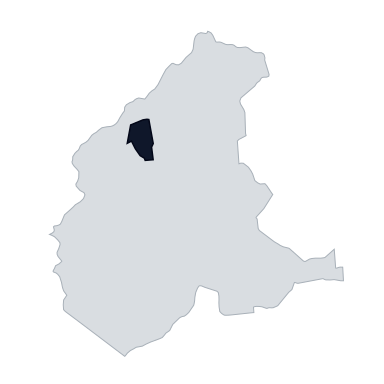 Nagero, Western Equatoria, South Sudan (highlighted), rotated 86°
{"feature_id": "79223893B92049236674471", "entity_name": "Nagero", "entity_type": "district", "adm_level": 2, "iso_a3": "SSD", "parent_name": "South Sudan", "parent_adm1": "Western Equatoria", "projection": "natural_earth1", "projection_center": [27.894, 6.408], "detail": "fine", "context": "in_parent", "style": "filled", "palette": "ink", "viewbox_px": 384, "rotation_deg": 86, "n_neighbors": 0, "source": "geoboundaries", "source_scale": "gbopen_adm2", "svg_char_len": 3881}
<svg xmlns="http://www.w3.org/2000/svg" viewBox="0 0 384 384"><g transform="rotate(86 192 192)"><path d="M314.3,312.9L302.6,326.4L301.8,327.2L300.4,328.3L295.6,328.3L290.8,327.6L286.3,324.1L281.7,326.9L278.8,327.7L277.1,328.0L273.0,328.5L267.3,329.9L264.7,331.7L263.3,333.2L262.1,335.8L261.6,336.1L260.5,335.8L259.0,334.7L256.0,333.2L254.5,329.8L253.0,327.8L251.9,326.7L247.0,330.1L244.7,330.9L242.7,330.8L239.2,328.9L235.3,327.3L233.3,327.3L230.4,329.3L227.0,332.3L225.2,335.3L224.4,337.1L223.2,334.3L222.0,332.6L220.4,332.0L217.1,332.6L216.3,331.7L216.2,329.4L215.7,327.2L214.9,325.6L212.4,324.0L205.9,320.8L200.9,314.3L198.4,311.2L196.6,309.3L194.0,304.2L191.0,300.7L187.4,299.0L185.1,299.8L182.7,303.6L178.1,307.1L176.0,307.3L173.3,305.4L169.9,304.0L163.8,303.4L161.3,305.1L158.0,307.8L155.2,309.4L153.5,309.6L151.9,308.9L150.0,308.6L148.5,308.5L145.2,306.1L143.5,304.2L142.4,302.5L140.6,301.3L138.4,300.3L136.9,298.8L136.1,296.8L134.9,294.3L133.3,292.1L128.4,288.0L126.9,285.7L125.8,283.3L123.8,280.8L121.6,277.3L121.0,272.3L120.9,268.3L120.4,266.4L119.5,264.5L118.4,262.9L116.7,261.2L112.6,258.6L108.5,255.6L106.5,253.8L102.7,253.2L100.4,251.4L98.5,247.7L97.7,244.6L95.8,242.3L95.0,240.6L94.5,238.6L96.0,232.6L93.8,230.5L90.5,227.8L88.2,224.8L86.7,222.0L82.5,218.4L73.3,212.9L68.0,209.5L65.1,206.3L62.5,203.3L62.3,202.0L63.9,199.0L64.2,196.5L62.8,193.7L57.3,188.5L52.9,182.7L49.6,180.9L41.6,179.4L39.3,178.7L36.9,177.6L34.5,175.0L33.7,172.0L34.9,167.1L34.1,165.6L32.8,165.2L33.1,164.2L34.7,161.8L37.2,160.3L43.8,157.8L44.2,156.9L44.3,153.9L44.8,152.4L47.1,148.1L47.5,146.4L47.6,142.8L47.9,141.1L48.5,139.9L50.4,137.8L51.0,136.6L51.3,133.8L51.1,128.3L52.0,126.2L56.2,121.2L57.3,119.0L57.7,117.0L57.7,115.0L57.9,113.0L59.2,111.1L60.2,110.5L63.3,109.9L65.4,110.3L80.1,106.9L81.8,107.3L82.6,109.3L82.5,112.6L82.7,114.1L83.5,115.2L85.8,116.7L87.4,119.3L88.3,120.2L90.7,122.0L101.5,136.6L104.6,138.0L107.6,137.5L113.5,134.5L116.5,133.7L137.2,134.5L139.5,134.1L142.8,141.5L144.3,143.2L167.1,143.2L166.6,141.2L166.9,138.8L170.9,134.3L171.5,133.8L175.0,131.7L178.4,130.2L185.0,128.5L187.4,125.9L188.8,123.5L188.8,118.7L189.7,117.9L191.2,116.8L198.8,112.5L200.1,111.6L213.6,121.5L221.2,129.4L221.7,129.8L222.1,129.9L222.5,129.7L222.8,129.3L223.7,128.9L226.9,128.8L233.1,128.5L235.1,127.5L247.3,113.5L250.4,109.0L251.2,108.1L253.0,104.9L254.8,99.4L255.2,98.8L268.6,85.7L269.1,84.6L269.2,83.8L267.1,79.4L266.7,77.1L266.6,73.7L267.0,68.3L266.8,64.9L266.6,64.0L266.5,63.8L259.0,54.1L277.9,54.0L278.0,52.8L277.9,52.4L277.5,51.3L277.3,49.7L277.3,48.9L277.4,48.1L277.5,47.6L277.4,47.2L277.5,46.9L291.1,47.1L290.9,49.9L289.3,56.3L289.4,60.2L289.0,64.6L288.5,65.9L287.8,66.9L287.6,67.4L287.6,67.9L290.5,92.6L290.3,93.6L289.6,95.2L289.4,95.7L289.4,96.1L289.7,96.3L296.0,99.0L296.3,99.2L296.5,99.4L298.8,102.5L311.2,114.2L311.6,114.8L312.9,118.5L313.1,119.0L313.1,119.9L313.1,120.6L312.8,122.8L312.9,123.8L313.1,124.5L313.3,125.2L313.3,125.4L313.2,126.0L311.4,130.2L310.8,133.3L310.6,135.8L310.7,137.3L310.9,138.2L311.1,138.6L311.3,138.7L316.6,138.7L316.6,140.1L317.4,162.3L317.4,164.8L317.2,168.0L316.6,169.2L315.1,171.0L313.2,172.6L308.4,173.0L304.4,172.9L301.5,172.6L297.7,172.4L294.0,172.8L292.7,174.1L287.9,186.0L286.4,188.9L286.0,190.7L286.4,191.7L288.3,193.2L292.5,195.3L297.3,196.5L300.8,197.0L303.2,197.6L305.1,198.2L311.9,203.6L314.0,206.1L315.3,208.3L315.6,210.7L316.5,213.0L322.7,220.4L328.6,223.9L330.9,227.8L333.1,229.8L335.1,231.8L336.2,234.9L338.8,243.8L340.5,248.4L342.3,252.3L343.0,258.5L344.4,261.2L345.9,264.6L348.2,267.7L350.8,270.0L351.2,270.6L325.9,299.6L314.3,312.9Z" fill="#d9dde1" stroke="#a8b0b8" stroke-width="1"/><path d="M157.1,228.5L144.3,229.2L143.9,228.9L141.0,227.3L116.7,230.0L116.3,231.8L116.6,235.8L120.8,248.5L138.9,253.2L137.0,248.8L144.9,245.5L152.1,241.2L154.9,237.2L157.2,236.5L157.1,228.5Z" fill="#0f172a" stroke="#020617" stroke-width="1.5"/></g></svg>